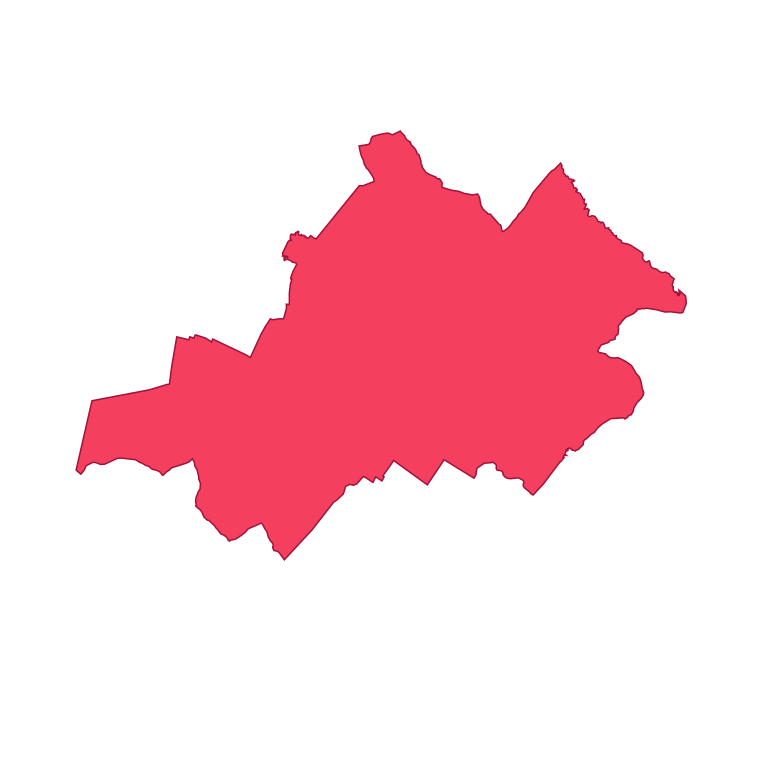 Tatarani, Dâmbovita, Romania (Albers equal-area conic projection), rotated 137°
{"feature_id": "2599482B54832396479791", "entity_name": "Tatarani", "entity_type": "district", "adm_level": 2, "iso_a3": "ROU", "parent_name": "Romania", "parent_adm1": "Dâmbovita", "projection": "albers", "projection_center": [25.253, 44.999], "detail": "fine", "context": "isolated", "style": "filled", "palette": "rose", "viewbox_px": 768, "rotation_deg": 137, "n_neighbors": 0, "source": "geoboundaries", "source_scale": "gbopen_adm2", "svg_char_len": 6159}
<svg xmlns="http://www.w3.org/2000/svg" viewBox="0 0 768 768"><g transform="rotate(137 384 384)"><path d="M667.9,531.0L667.2,524.8L662.9,525.3L660.5,526.0L658.9,527.0L657.4,527.3L651.4,525.6L649.7,524.7L648.1,522.6L646.2,518.5L642.9,515.8L629.5,511.4L626.2,508.5L617.6,498.4L616.9,496.7L616.2,493.4L615.1,491.6L613.7,486.8L612.2,484.3L611.7,479.8L609.0,475.7L608.1,473.2L607.8,471.5L608.3,468.9L607.9,467.9L603.4,468.1L599.5,467.4L596.6,467.6L582.7,461.0L579.2,459.9L575.1,460.0L576.1,456.1L578.2,453.2L579.4,448.5L582.5,442.9L584.5,440.5L586.0,436.5L590.4,432.5L593.0,432.0L598.9,429.1L601.8,426.7L603.6,423.9L604.8,423.3L605.0,422.6L604.3,417.1L604.5,414.6L606.4,409.6L606.1,405.1L605.2,403.6L604.6,395.8L605.1,393.6L604.9,392.1L605.6,385.7L604.2,382.7L603.8,380.5L603.7,378.4L604.5,376.0L604.1,374.4L602.2,374.3L600.9,373.2L597.9,371.7L592.2,370.7L587.4,370.2L582.0,370.7L568.6,365.9L568.4,365.5L568.7,363.4L569.8,359.8L570.3,355.9L573.1,350.9L573.2,349.5L573.9,347.7L574.2,342.7L575.3,341.4L576.3,341.0L577.3,339.6L578.1,337.2L576.6,335.4L575.6,332.8L576.8,323.4L535.9,326.4L501.5,331.9L497.7,331.3L488.7,331.3L481.8,335.3L477.4,333.9L475.5,330.9L472.2,329.5L462.3,330.4L461.3,328.0L459.2,319.5L453.4,321.7L451.6,314.5L447.3,316.0L447.6,317.5L429.1,321.4L421.1,280.7L391.7,287.6L382.4,253.7L379.0,254.7L373.6,259.0L364.7,257.7L359.4,253.4L357.8,252.8L357.1,249.4L357.2,248.1L359.7,245.5L360.0,244.0L359.4,242.8L358.1,241.5L357.2,239.8L357.3,238.6L358.8,236.3L358.9,233.7L358.3,231.2L356.0,228.4L349.7,223.7L348.0,218.8L348.3,217.4L349.3,216.2L350.6,215.7L351.8,214.2L352.1,212.2L351.2,205.9L351.4,203.1L350.6,201.1L336.1,202.1L310.1,206.7L308.2,207.0L308.0,206.6L302.3,207.4L302.8,208.4L300.8,209.0L299.3,207.4L299.6,209.4L297.8,210.1L296.8,211.0L295.2,209.9L294.3,210.3L294.8,210.7L295.0,211.7L293.3,211.4L291.8,210.5L291.5,209.1L291.9,208.4L291.3,207.8L291.4,207.2L291.0,207.1L289.9,204.6L289.2,204.7L286.5,203.6L279.6,203.8L277.6,205.7L275.3,206.5L273.5,205.9L266.9,206.0L263.3,205.2L258.5,206.1L251.9,206.0L241.8,204.0L232.0,196.0L231.6,195.1L231.8,194.4L230.7,193.9L228.8,193.6L225.9,194.0L224.3,192.9L220.2,194.1L217.6,196.1L211.5,197.8L205.9,198.0L202.4,198.9L199.9,200.6L198.4,204.2L194.2,210.9L193.0,213.6L192.3,216.7L192.5,219.3L190.5,228.0L190.6,230.0L191.9,235.8L194.8,243.5L198.6,246.6L200.1,248.4L201.0,250.3L201.5,255.1L205.1,260.3L205.3,262.4L199.6,264.2L198.5,264.4L191.5,261.3L188.6,261.6L186.4,260.1L184.2,259.3L183.4,260.5L181.5,261.1L179.0,260.8L174.7,264.4L173.0,266.6L171.1,267.0L169.8,266.9L167.7,267.5L161.7,268.0L153.6,265.3L148.7,265.2L147.7,266.1L145.8,264.1L143.7,263.3L142.8,261.9L140.4,260.5L134.1,252.5L129.5,245.1L125.2,241.4L118.8,233.8L116.7,232.5L108.2,236.6L104.4,241.1L103.4,243.0L104.3,251.5L106.3,248.2L107.8,247.5L108.0,248.0L108.7,248.2L108.6,248.8L107.8,248.8L107.5,249.3L106.7,249.0L107.1,249.5L107.0,250.3L108.0,249.9L107.5,252.3L108.6,252.3L108.4,253.7L108.8,254.4L108.4,255.4L106.1,257.9L106.5,258.3L105.5,260.2L103.3,261.1L102.7,262.0L100.1,262.9L100.9,268.3L100.2,270.3L101.0,271.7L101.7,273.9L102.9,274.4L104.9,276.3L106.0,278.9L106.1,281.6L108.6,285.9L108.6,288.0L108.1,289.3L106.4,292.0L106.1,293.3L106.6,293.7L108.1,293.8L109.4,294.7L109.6,295.2L109.7,298.2L109.1,299.8L106.9,301.2L105.6,303.6L109.0,317.5L110.5,320.5L113.9,325.1L112.8,326.7L112.7,327.5L113.9,330.3L114.1,333.1L112.8,334.0L114.0,335.0L114.7,337.0L113.9,337.7L113.8,338.4L114.3,339.8L113.3,341.9L114.1,343.1L114.2,343.9L113.1,344.9L115.3,346.5L115.9,347.5L114.4,349.8L113.6,352.5L114.1,353.7L115.5,353.9L115.4,355.2L116.6,356.9L115.8,359.4L115.4,362.6L116.6,364.7L117.6,365.5L119.2,365.9L120.1,367.7L120.1,368.3L119.5,368.9L118.3,369.1L117.5,370.4L115.7,370.8L115.3,371.4L115.5,373.7L117.9,374.7L118.4,375.1L118.2,375.7L115.3,376.4L113.5,377.4L113.4,378.0L114.4,378.7L114.4,379.7L113.5,380.8L111.3,382.4L112.5,383.3L111.6,385.0L111.4,387.5L110.7,388.4L110.6,389.6L112.6,393.7L112.2,394.0L111.2,393.6L110.1,394.2L110.0,396.7L111.2,397.2L111.4,397.6L109.6,401.4L109.4,403.8L108.9,404.2L107.4,402.8L106.1,402.7L106.3,404.5L108.7,407.8L107.9,410.7L109.3,412.2L108.8,413.3L108.8,416.0L106.6,418.2L106.4,418.9L106.6,420.4L106.0,421.6L104.9,422.3L104.2,425.1L113.0,424.7L116.3,425.5L118.7,425.4L144.2,422.3L159.9,417.2L167.1,416.3L169.5,416.5L173.9,415.1L178.0,415.0L183.1,413.9L187.1,413.5L191.5,414.0L193.4,414.8L193.0,416.0L190.5,420.0L190.4,421.0L190.9,422.3L190.4,435.8L192.2,437.6L191.8,438.8L192.4,444.2L191.1,449.1L189.7,450.7L188.4,453.2L187.8,453.6L187.3,455.1L186.8,455.4L186.0,459.2L190.2,461.8L195.5,468.9L197.9,473.9L202.6,479.9L207.1,487.7L207.3,488.6L204.2,491.5L203.4,495.4L203.5,496.4L205.0,497.6L205.0,500.1L207.9,506.3L209.1,510.3L208.2,516.2L207.2,517.9L206.6,520.1L205.0,521.7L202.0,528.0L202.6,529.8L201.4,532.6L200.8,535.7L200.9,540.5L199.7,542.9L200.8,547.1L200.3,549.9L199.6,551.8L199.9,556.6L199.6,557.9L207.9,560.5L209.7,564.4L210.6,565.4L216.4,569.1L223.6,572.9L226.4,572.1L227.8,570.8L231.0,569.6L233.0,570.4L239.8,575.1L243.1,570.0L245.2,565.8L246.1,562.5L248.4,558.5L249.6,553.8L249.4,551.7L250.4,545.0L251.5,541.1L253.1,538.9L263.9,543.2L266.8,545.9L334.8,536.4L334.9,537.3L336.0,538.9L336.1,541.1L336.6,542.6L339.2,542.2L340.5,543.0L341.0,543.8L340.6,544.5L341.5,545.5L340.9,546.4L341.3,547.4L343.1,548.9L343.1,549.3L342.6,549.2L342.6,549.8L344.2,549.9L344.8,551.7L342.6,553.3L342.7,554.3L343.9,554.1L344.5,554.8L345.4,554.9L347.1,553.5L347.4,554.9L348.6,555.1L349.4,556.8L350.7,556.7L353.7,554.1L353.5,552.6L353.7,552.2L355.5,553.5L357.0,553.6L369.3,548.7L369.4,547.7L371.0,546.8L367.9,543.8L367.6,542.8L368.1,542.2L370.8,544.7L372.5,542.8L372.6,542.3L371.0,542.0L369.3,540.6L368.3,538.1L367.8,535.3L366.0,532.9L365.9,532.2L366.4,531.0L373.5,528.5L378.9,525.8L380.5,524.6L380.0,523.4L384.1,521.1L391.3,515.0L397.3,508.5L399.3,506.9L401.0,509.0L403.7,505.9L413.0,500.2L416.1,503.1L420.8,506.3L422.2,507.8L422.6,509.2L431.5,507.0L439.9,504.3L463.7,494.5L465.0,499.2L478.6,533.7L481.4,532.3L483.1,539.1L488.0,548.0L488.9,548.6L491.8,547.2L493.8,551.0L496.6,549.5L503.4,559.8L527.1,541.8L541.1,530.2L542.9,531.6L559.6,539.8L609.0,570.9L667.9,531.0Z" fill="#f43f5e" stroke="#9f1239" stroke-width="1.5"/></g></svg>